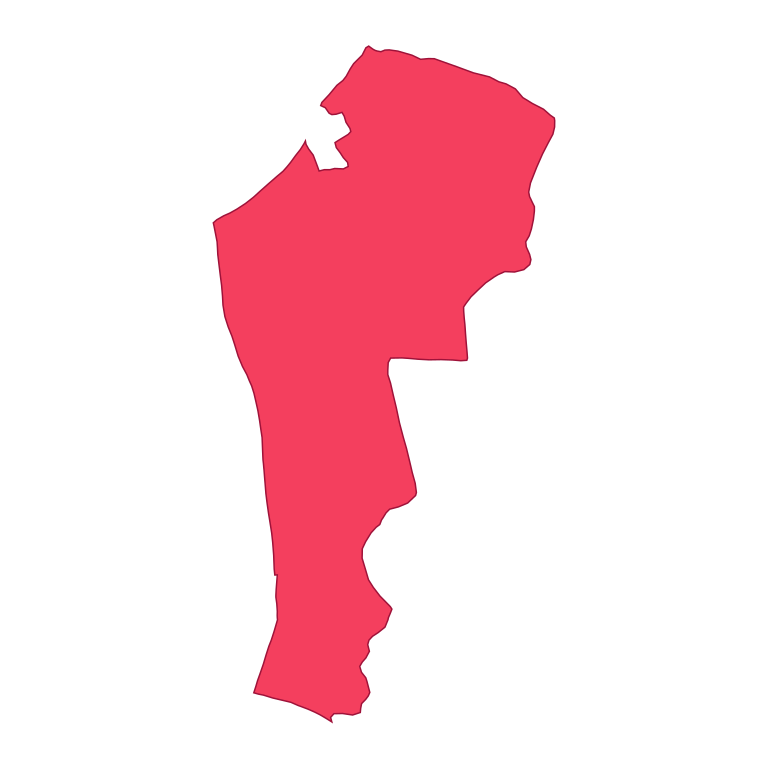 Peam Ro, Prey Vêng, Cambodia
{"feature_id": "14789045B10752799877994", "entity_name": "Peam Ro", "entity_type": "district", "adm_level": 2, "iso_a3": "KHM", "parent_name": "Cambodia", "parent_adm1": "Prey Vêng", "projection": "robinson", "projection_center": [105.314, 11.334], "detail": "fine", "context": "isolated", "style": "filled", "palette": "rose", "viewbox_px": 768, "rotation_deg": 0, "n_neighbors": 0, "source": "geoboundaries", "source_scale": "gbopen_adm2", "svg_char_len": 3260}
<svg xmlns="http://www.w3.org/2000/svg" viewBox="0 0 768 768"><path d="M263.4,463.2L263.8,467.7L264.0,469.7L264.6,477.5L265.2,484.6L265.9,493.5L267.1,503.2L268.5,513.1L270.0,522.3L271.7,533.1L272.7,542.5L273.7,555.5L274.2,569.0L274.8,575.0L277.3,574.9L276.2,589.2L275.9,595.2L275.9,597.2L276.8,603.8L277.3,611.4L277.2,615.4L277.3,617.9L277.5,619.8L275.4,627.0L274.2,631.1L273.5,633.3L271.3,640.1L268.9,646.2L266.1,654.9L263.4,664.0L259.7,674.7L257.6,680.5L255.9,686.3L253.8,692.8L258.4,694.1L263.4,695.1L272.8,698.0L283.4,700.5L290.9,702.3L298.2,705.5L301.3,706.6L307.9,709.1L314.7,712.1L319.9,714.7L326.5,718.6L331.8,721.9L330.6,717.4L333.9,713.7L342.5,713.5L352.6,715.0L360.3,712.5L360.7,708.2L361.6,703.6L365.7,699.4L368.3,695.9L369.8,692.4L368.5,687.4L367.0,681.6L365.8,677.8L361.5,672.3L359.7,666.4L362.3,662.0L365.9,657.9L369.4,651.3L367.7,644.6L369.0,640.1L372.5,636.3L378.3,632.5L385.0,627.1L388.0,619.7L388.4,617.7L389.6,614.9L390.7,612.2L391.9,609.1L390.3,606.6L386.1,602.3L380.0,596.1L373.3,587.4L368.5,579.8L365.6,569.9L362.1,558.2L362.2,554.4L362.3,548.7L365.6,541.7L371.1,532.8L376.2,527.2L379.8,524.5L381.6,519.8L382.8,518.1L386.0,512.9L389.6,509.2L398.4,506.9L407.7,503.0L415.6,495.5L416.4,492.5L415.2,483.3L412.2,472.4L410.6,465.5L409.7,461.7L406.5,448.5L403.4,437.7L399.5,423.0L396.3,407.8L393.2,394.9L390.5,383.0L387.8,374.6L387.8,370.4L388.2,362.6L390.6,358.1L395.6,358.0L401.9,357.9L408.0,358.3L418.1,359.2L429.1,359.8L441.1,359.6L452.6,360.0L460.8,360.7L466.8,360.3L467.5,358.1L467.0,351.6L466.2,342.5L465.5,333.5L464.9,324.7L464.2,317.9L463.7,311.2L463.6,307.0L466.0,303.4L471.0,296.8L477.7,290.3L485.6,282.9L494.1,277.0L497.9,274.7L504.8,271.6L514.6,272.0L523.9,269.6L529.8,264.5L530.9,259.6L529.6,254.4L526.3,246.9L525.7,241.8L529.2,235.8L531.4,229.0L533.4,219.6L534.4,211.0L534.4,206.6L531.8,201.3L530.6,198.7L529.6,196.7L528.7,192.1L530.5,182.9L536.7,167.2L542.5,154.0L548.2,142.9L552.9,134.2L554.6,127.0L554.7,120.6L554.3,118.0L550.3,115.2L543.5,109.2L532.4,103.5L522.8,97.6L515.4,88.9L506.1,83.9L498.9,81.8L489.5,76.9L473.2,72.8L457.0,66.8L440.7,61.0L434.3,58.7L428.5,58.6L420.6,59.3L412.0,55.2L397.9,51.1L389.2,49.9L384.9,50.1L380.9,51.7L377.0,51.0L374.9,50.3L372.8,49.1L368.7,46.1L365.9,47.8L362.2,55.1L353.7,63.6L350.3,68.8L346.2,76.3L342.9,80.5L336.9,85.3L329.0,94.8L321.9,102.4L320.7,105.6L325.3,107.7L329.1,113.2L331.8,114.6L336.1,114.2L342.0,112.4L344.2,116.2L346.0,122.3L350.0,128.5L350.8,131.6L348.2,134.4L343.0,137.6L338.7,140.2L335.0,142.6L336.3,147.6L340.2,152.8L343.3,157.6L347.6,162.4L348.2,166.5L345.9,167.6L343.4,168.9L334.7,168.5L329.9,169.7L324.3,169.7L319.1,171.0L317.5,166.5L313.2,155.1L308.7,149.1L306.0,144.3L305.4,141.0L304.1,143.6L300.3,149.6L295.7,155.4L290.6,162.4L287.1,166.7L283.1,171.2L276.8,176.5L268.2,184.0L260.2,191.1L253.4,197.3L245.5,203.5L236.6,209.3L229.8,213.1L223.9,215.7L217.0,219.6L213.3,222.8L214.0,225.9L215.8,235.1L217.1,241.8L217.5,248.4L217.8,254.5L219.2,266.3L220.6,277.7L221.6,285.4L222.5,296.1L223.0,305.2L224.9,316.6L228.2,326.9L232.0,336.3L234.7,344.7L238.2,356.2L242.5,366.5L246.9,374.7L249.4,380.9L251.7,386.0L254.0,393.4L255.9,401.6L257.9,410.6L259.6,420.6L260.9,429.7L262.1,437.6L262.6,450.3L263.0,459.8L263.4,463.2Z" fill="#f43f5e" stroke="#9f1239" stroke-width="1.5"/></svg>